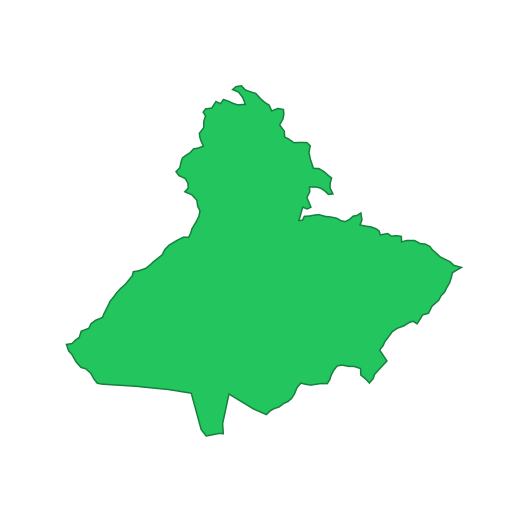 the district of Pouso Redondo, Santa Catarina, Brazil, rotated 171°
{"feature_id": "56859067B55889942630825", "entity_name": "Pouso Redondo", "entity_type": "district", "adm_level": 2, "iso_a3": "BRA", "parent_name": "Brazil", "parent_adm1": "Santa Catarina", "projection": "mercator", "projection_center": [-49.991, -27.303], "detail": "fine", "context": "isolated", "style": "filled", "palette": "green", "viewbox_px": 512, "rotation_deg": 171, "n_neighbors": 0, "source": "geoboundaries", "source_scale": "gbopen_adm2", "svg_char_len": 2856}
<svg xmlns="http://www.w3.org/2000/svg" viewBox="0 0 512 512"><g transform="rotate(171 256 256)"><path d="M379.6,259.7L381.3,255.8L384.4,253.0L389.4,248.6L394.9,245.0L399.5,241.4L402.3,238.5L407.1,234.2L412.1,227.0L415.2,222.8L417.2,219.3L424.3,217.7L429.4,215.1L432.5,210.7L440.4,209.1L443.3,203.2L447.5,201.2L451.3,198.3L457.1,198.3L455.8,191.4L453.3,187.7L450.3,179.6L446.3,173.3L441.7,171.2L437.5,166.0L435.4,160.1L432.7,155.2L428.4,153.6L393.2,145.7L388.3,144.3L363.3,137.8L341.4,130.6L337.3,93.2L333.4,86.0L320.2,86.5L316.1,85.6L315.2,95.6L304.3,123.9L282.4,105.3L270.5,97.7L266.1,100.9L261.8,102.5L257.0,103.2L251.8,106.0L247.3,107.2L243.2,109.7L239.5,113.9L236.0,119.7L231.6,123.4L226.7,121.4L222.1,119.9L212.5,119.9L205.6,118.8L202.7,122.0L200.3,126.7L197.2,130.9L193.0,134.7L187.9,134.8L181.9,132.5L176.5,131.6L170.3,128.5L171.1,122.0L166.6,116.9L163.9,112.8L159.4,116.6L157.5,120.4L154.0,123.3L148.9,127.3L143.1,131.8L148.6,143.8L144.3,147.8L142.0,151.5L138.2,155.0L133.3,159.9L127.5,162.6L120.9,163.8L115.0,166.4L111.0,166.9L107.6,163.8L104.2,167.5L100.7,171.7L94.7,172.4L90.0,178.9L82.6,183.6L79.4,187.8L75.2,191.0L72.7,194.7L69.0,199.2L66.6,203.8L64.6,208.7L60.8,210.3L54.9,212.6L62.0,215.8L65.3,220.0L69.6,223.0L74.1,226.2L77.7,230.7L80.9,234.6L82.8,238.2L86.9,241.3L91.7,242.5L97.0,246.5L104.4,247.7L110.0,247.2L109.4,252.6L113.9,254.1L119.2,254.4L122.5,257.6L129.9,257.4L130.5,261.5L133.4,264.3L138.1,266.9L143.5,268.5L148.4,270.4L145.7,275.0L145.7,282.1L149.9,280.2L153.8,280.2L158.1,277.4L162.4,276.0L166.6,277.6L170.3,280.6L175.7,282.7L181.5,284.3L187.1,286.9L191.6,287.3L196.6,287.1L202.1,287.6L204.4,284.1L208.1,284.3L204.8,291.3L202.3,296.9L198.0,294.4L194.1,295.7L195.5,301.4L196.6,305.8L192.8,311.1L192.4,315.8L185.4,314.6L181.8,313.0L178.0,309.7L174.9,305.5L170.3,305.3L172.2,311.6L171.4,316.2L169.1,321.3L171.9,324.1L175.1,328.1L180.1,332.5L185.6,333.6L187.2,343.4L187.5,349.9L185.2,356.4L188.1,360.1L194.3,361.2L200.9,362.0L205.6,366.6L209.1,369.0L208.5,374.8L212.2,381.8L208.1,386.9L206.3,391.6L206.0,396.4L211.4,398.3L217.8,396.8L219.4,402.9L223.4,406.4L227.0,410.8L230.8,416.6L235.6,418.9L240.7,421.8L243.8,426.4L249.2,426.4L253.1,424.0L247.6,420.6L244.3,414.5L242.8,407.5L250.4,408.1L255.2,410.6L258.9,413.1L263.6,415.7L267.2,412.0L271.4,414.8L276.6,409.0L282.8,409.2L285.7,406.3L283.9,402.3L286.6,396.9L287.6,390.9L292.8,386.0L292.8,381.1L292.0,376.9L290.8,372.7L296.7,371.6L300.8,371.6L305.1,368.3L309.9,366.2L313.4,364.3L315.4,360.4L317.5,355.0L321.8,351.8L319.4,347.3L313.8,343.6L311.9,338.8L312.3,333.6L316.3,330.6L309.9,326.6L305.7,320.4L305.8,314.3L304.3,309.2L306.2,304.1L309.9,299.0L315.0,292.9L317.1,288.6L319.6,284.9L324.4,286.0L331.3,283.9L340.0,280.4L345.0,276.7L348.5,271.8L354.2,268.6L358.2,266.4L361.3,264.2L366.6,261.1L374.5,259.7L379.6,259.7Z" fill="#22c55e" stroke="#15803d" stroke-width="1.5"/></g></svg>